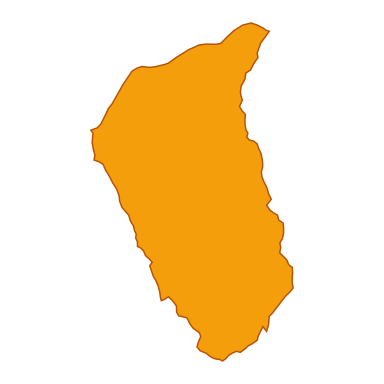 Populina, São Paulo, Brazil
{"feature_id": "56859067B62148910321477", "entity_name": "Populina", "entity_type": "district", "adm_level": 2, "iso_a3": "BRA", "parent_name": "Brazil", "parent_adm1": "São Paulo", "projection": "natural_earth1", "projection_center": [-50.511, -19.908], "detail": "fine", "context": "isolated", "style": "filled", "palette": "amber", "viewbox_px": 384, "rotation_deg": 0, "n_neighbors": 0, "source": "geoboundaries", "source_scale": "gbopen_adm2", "svg_char_len": 2075}
<svg xmlns="http://www.w3.org/2000/svg" viewBox="0 0 384 384"><path d="M90.9,130.2L93.1,133.3L92.5,137.9L92.2,143.0L93.5,150.0L94.9,155.1L94.1,160.1L98.9,161.7L103.0,164.3L105.9,170.7L108.3,174.4L110.1,177.7L112.6,182.7L116.7,189.2L119.0,195.4L119.7,201.4L122.2,207.7L125.4,211.3L128.7,215.2L130.3,220.7L133.5,226.1L134.5,230.4L136.2,234.3L135.7,238.0L137.4,241.7L137.5,246.4L140.6,248.0L143.5,250.8L145.6,255.7L149.8,259.4L152.2,262.3L149.8,265.6L151.5,271.0L153.4,276.5L155.7,280.2L158.1,285.9L159.8,292.0L160.3,296.8L161.3,300.7L164.7,299.3L168.4,296.8L172.6,300.7L176.4,305.9L176.6,312.0L178.6,315.8L186.9,317.8L189.9,323.8L193.2,328.3L199.2,332.6L200.8,336.3L198.3,342.3L197.0,347.0L200.1,350.7L206.2,353.3L209.5,356.0L212.8,357.9L215.9,359.0L219.6,359.4L222.5,361.0L225.5,359.0L228.4,355.6L232.0,353.3L236.4,351.3L240.3,352.3L244.9,349.0L248.0,346.0L252.3,343.7L257.2,340.2L258.1,336.3L262.9,326.6L266.6,331.4L268.5,324.7L269.2,316.2L271.8,313.9L275.2,309.5L282.9,299.5L285.7,296.0L290.2,291.6L293.1,288.0L292.1,282.2L292.3,276.4L292.6,272.6L292.3,267.4L288.6,264.6L287.1,260.4L283.9,256.9L279.7,252.8L280.7,247.5L279.9,242.9L282.4,238.6L283.6,233.2L283.6,227.7L283.1,223.1L278.6,219.9L277.5,215.1L273.9,213.1L269.9,210.1L266.6,205.1L271.3,199.2L268.7,194.0L266.8,187.4L264.0,182.0L261.9,176.7L261.3,171.8L262.5,167.8L262.7,163.9L262.3,159.8L261.1,153.7L258.8,148.9L257.2,144.0L253.7,141.1L249.2,139.9L246.8,137.2L247.9,133.1L246.0,129.9L245.1,125.1L244.9,120.3L245.4,114.5L242.0,110.7L239.5,106.5L242.3,100.2L241.0,95.9L240.4,92.2L241.1,86.2L244.9,79.2L245.9,73.0L250.6,70.0L253.2,64.6L255.1,61.6L257.9,57.8L257.2,52.9L258.8,48.4L260.7,43.1L264.5,37.9L269.3,31.3L266.1,30.3L263.0,28.0L256.7,24.9L251.1,23.0L242.7,25.1L233.8,30.7L230.5,33.8L227.7,36.4L220.5,43.6L215.5,44.3L206.4,44.1L199.4,44.9L188.8,49.6L183.9,52.7L176.3,57.4L168.8,62.9L165.0,64.4L154.6,66.9L149.3,67.4L141.8,66.5L136.9,68.2L132.2,71.0L122.8,84.8L120.2,89.5L118.1,93.2L112.2,103.7L108.5,108.4L104.8,116.2L100.6,124.5L96.9,128.0L90.9,130.2Z" fill="#f59e0b" stroke="#b45309" stroke-width="1.5"/></svg>